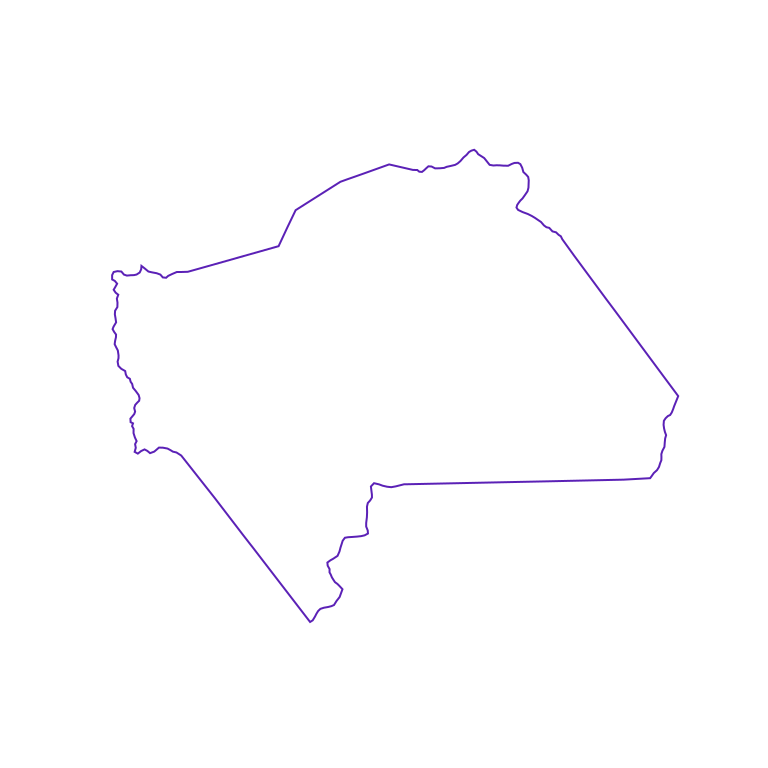 Tucano, Bahia, Brazil, rotated 283°
{"feature_id": "56859067B77744280131750", "entity_name": "Tucano", "entity_type": "district", "adm_level": 2, "iso_a3": "BRA", "parent_name": "Brazil", "parent_adm1": "Bahia", "projection": "orthographic", "projection_center": [-38.821, -11.037], "detail": "fine", "context": "isolated", "style": "outline", "palette": "violet", "viewbox_px": 768, "rotation_deg": 283, "n_neighbors": 0, "source": "geoboundaries", "source_scale": "gbopen_adm2", "svg_char_len": 3376}
<svg xmlns="http://www.w3.org/2000/svg" viewBox="0 0 768 768"><g transform="rotate(283 384 384)"><path d="M438.4,673.4L455.4,653.4L498.4,603.0L501.3,599.6L507.6,592.2L516.2,582.0L551.7,540.5L565.2,525.1L567.7,523.1L568.6,520.6L570.5,517.5L570.6,513.8L573.3,509.9L573.3,507.0L574.5,504.2L577.2,500.5L578.5,497.1L579.8,493.8L581.0,490.1L582.0,485.9L582.7,480.4L583.8,475.5L585.7,473.4L588.4,473.5L591.0,474.5L593.4,475.6L595.9,477.2L600.0,478.9L604.1,480.5L607.8,480.6L610.9,480.0L615.1,479.2L618.2,477.9L620.0,475.4L621.9,472.1L625.8,470.0L628.9,467.4L629.7,464.8L628.7,461.3L627.1,458.9L624.6,455.9L623.6,451.2L623.1,447.6L622.4,444.3L621.5,441.4L621.3,437.6L624.0,434.2L626.7,430.8L628.0,427.2L629.1,424.1L631.2,421.8L632.5,419.2L631.0,416.6L629.1,414.6L625.8,412.9L622.6,410.5L618.4,408.3L615.5,406.2L613.5,404.0L611.4,399.8L609.7,396.2L608.1,394.0L606.8,390.0L605.6,385.3L606.6,381.4L606.1,378.3L603.7,376.6L601.4,375.1L599.2,373.3L598.8,370.6L600.0,368.3L599.1,364.1L599.1,360.5L599.1,339.6L584.9,317.5L580.0,309.8L575.4,302.5L571.2,296.0L533.5,258.8L514.8,254.6L494.6,250.3L458.0,183.7L449.2,167.6L447.7,161.9L446.5,156.9L443.5,152.8L440.8,149.4L438.5,147.8L438.1,144.5L440.3,141.5L440.8,137.6L440.6,132.8L440.6,129.1L442.9,124.6L444.5,121.1L441.2,121.6L437.7,120.9L435.0,118.3L433.8,115.8L433.1,113.0L431.8,109.1L432.1,106.0L434.5,102.8L434.0,98.9L432.3,95.4L428.9,94.6L424.7,95.6L423.9,98.5L421.7,101.4L418.2,100.4L415.0,99.4L412.6,102.0L411.2,105.0L407.1,104.5L403.4,106.0L399.0,106.9L394.9,105.5L391.3,106.1L387.7,107.6L383.8,109.1L379.1,107.6L376.4,107.2L374.1,109.3L371.9,111.8L369.3,112.3L365.6,112.3L362.2,112.6L359.6,114.7L356.8,117.1L352.2,118.9L349.4,119.5L345.9,119.4L341.9,121.1L339.7,124.6L338.4,128.9L335.2,130.3L332.8,132.3L331.9,135.2L329.2,136.6L327.4,138.6L323.9,140.3L321.3,143.7L318.1,147.4L315.2,149.0L312.6,149.2L310.4,147.8L307.7,146.3L304.4,146.0L301.1,147.7L298.5,147.4L295.7,146.0L293.2,144.7L289.8,145.7L289.2,148.3L286.3,148.0L284.0,150.1L279.8,151.0L275.9,153.3L272.7,155.8L269.4,155.0L266.0,156.5L261.8,156.3L260.8,159.8L264.0,162.4L266.4,165.4L265.6,168.4L264.0,171.6L266.4,175.3L268.5,176.9L271.4,179.0L272.2,182.8L272.4,187.6L271.5,190.9L270.6,193.5L270.6,197.2L268.7,202.5L234.6,245.0L205.7,280.0L198.2,289.2L195.8,292.2L165.6,328.9L135.5,365.5L137.7,367.7L141.9,369.1L145.1,369.9L148.0,370.9L150.6,372.6L152.5,375.8L154.2,379.8L155.7,382.7L157.4,385.0L161.8,386.5L166.5,388.7L170.6,389.2L174.7,389.7L177.2,386.0L178.7,383.6L179.9,380.8L181.7,378.9L183.9,376.7L186.3,375.0L188.2,373.3L191.4,372.6L194.3,370.0L197.3,369.0L200.2,371.5L202.1,373.6L206.1,377.4L210.8,378.3L214.7,378.4L218.2,378.7L222.0,379.0L225.4,380.5L226.6,383.4L227.8,387.4L229.2,391.9L230.6,395.9L232.2,399.2L234.7,402.0L237.6,401.1L241.1,398.7L244.6,397.9L250.3,397.3L255.2,396.4L260.6,395.0L264.4,395.0L267.4,396.7L270.7,397.8L273.5,397.1L277.3,395.7L281.2,394.3L285.1,396.6L285.1,401.7L284.6,405.5L284.6,410.1L285.1,414.3L286.9,418.5L288.7,422.0L290.8,426.1L291.6,429.4L308.3,495.4L326.3,566.6L344.7,639.0L352.1,664.5L354.9,665.7L357.9,666.9L361.5,669.4L365.0,670.6L369.1,670.9L372.1,671.4L375.0,670.8L378.1,670.0L381.6,670.3L385.8,671.4L390.3,670.7L394.2,670.2L397.6,670.4L400.5,668.5L403.7,666.9L407.1,665.6L411.1,665.0L414.0,666.1L416.6,667.8L418.2,669.8L421.0,670.8L424.7,671.4L427.6,671.7L438.4,673.4Z" fill="none" stroke="#5b21b6" stroke-width="2"/></g></svg>